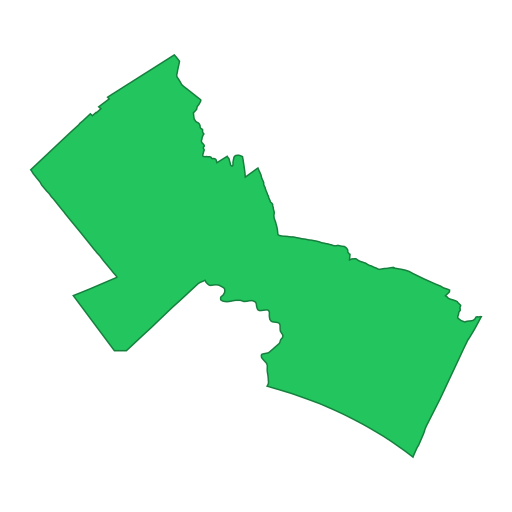 Joita, Giurgiu, Romania (Equal Earth projection)
{"feature_id": "2599482B22090159285998", "entity_name": "Joita", "entity_type": "district", "adm_level": 2, "iso_a3": "ROU", "parent_name": "Romania", "parent_adm1": "Giurgiu", "projection": "equal_earth", "projection_center": [25.867, 44.487], "detail": "fine", "context": "isolated", "style": "filled", "palette": "green", "viewbox_px": 512, "rotation_deg": 0, "n_neighbors": 0, "source": "geoboundaries", "source_scale": "gbopen_adm2", "svg_char_len": 6066}
<svg xmlns="http://www.w3.org/2000/svg" viewBox="0 0 512 512"><path d="M219.4,285.4L222.9,287.3L223.7,287.9L224.2,288.3L224.5,288.9L224.7,289.7L224.8,290.5L224.7,292.0L224.6,292.7L224.0,293.3L223.7,294.3L223.1,295.0L221.1,296.8L220.7,297.3L220.6,298.3L220.7,299.6L220.8,299.9L221.1,300.1L222.6,301.0L223.8,301.3L225.5,301.6L227.4,301.7L230.3,301.3L233.7,300.6L234.7,300.5L235.3,300.3L236.1,300.3L240.2,300.3L242.3,300.9L243.8,301.5L246.7,301.3L249.7,300.7L251.9,300.6L253.2,300.9L255.2,301.9L255.9,302.8L256.3,304.0L256.7,306.8L257.1,308.1L257.7,309.6L258.5,310.1L259.2,310.5L260.3,310.6L261.4,310.5L266.1,309.9L267.8,310.0L268.8,310.9L269.1,311.4L269.3,312.2L269.4,312.8L269.3,315.0L269.4,316.8L269.8,319.3L270.9,320.9L271.8,321.5L272.4,321.8L277.4,322.5L278.4,322.8L279.1,323.3L279.6,323.9L280.1,325.4L280.1,326.4L280.1,328.0L280.2,330.2L280.4,331.2L281.8,333.5L282.4,334.3L282.7,334.9L282.9,335.9L282.8,336.7L282.4,337.6L281.4,338.9L280.8,339.5L280.5,340.2L280.0,342.0L279.6,342.9L279.0,343.7L269.5,352.0L268.1,352.9L264.0,353.7L262.0,354.2L261.5,354.8L261.3,355.8L261.6,357.6L263.2,359.6L266.5,363.2L267.3,365.4L267.2,370.5L267.5,372.9L268.0,375.8L268.2,378.2L268.5,382.4L268.4,383.3L268.0,384.5L267.1,386.2L277.4,389.2L291.3,393.4L304.9,398.2L319.6,403.6L333.4,409.6L342.5,413.8L352.3,418.7L362.8,424.2L369.9,428.2L383.2,436.1L391.6,441.6L404.7,450.8L408.8,453.9L413.0,457.1L413.5,455.7L417.0,447.8L418.6,445.2L423.2,434.6L424.5,431.2L424.8,429.7L426.3,426.1L428.6,421.6L440.0,399.1L459.3,358.0L464.1,347.7L468.3,339.1L468.5,339.2L472.6,332.5L474.5,329.3L481.3,316.7L480.5,316.6L479.7,316.8L478.4,317.0L477.3,316.7L476.0,317.1L475.0,318.9L473.3,320.3L471.3,320.8L467.5,321.2L465.9,321.5L465.0,322.1L461.0,320.5L458.1,318.3L457.7,317.3L457.9,315.9L458.4,314.8L458.9,312.1L460.2,310.4L460.2,309.2L459.9,307.6L460.7,305.8L460.5,305.1L458.1,302.9L457.3,301.7L455.8,300.9L453.0,299.9L450.5,299.2L448.3,298.3L447.1,296.9L445.4,295.8L449.4,292.0L449.6,290.1L448.1,289.4L446.1,288.7L443.3,287.8L440.6,286.1L435.8,284.2L424.0,278.9L413.1,273.6L409.3,271.5L405.5,270.2L401.9,269.4L393.6,268.0L393.9,267.6L393.5,267.4L392.2,267.5L387.0,268.4L384.2,268.5L379.9,269.3L379.4,269.4L379.0,269.3L377.7,268.9L376.4,268.1L374.1,267.3L373.0,266.8L371.3,265.9L370.0,265.6L368.8,265.1L367.6,264.5L366.4,263.6L365.8,263.3L365.0,262.9L364.2,262.8L362.7,262.1L360.8,261.6L359.6,261.1L358.1,260.3L356.0,258.8L355.5,258.7L352.1,258.9L351.1,259.2L350.3,259.6L349.5,259.9L350.0,254.4L349.6,254.4L349.0,253.5L348.0,252.4L347.8,251.9L347.8,251.6L347.8,250.8L347.7,250.0L347.3,249.2L346.5,248.2L345.8,247.4L344.8,246.8L344.3,246.5L343.7,246.4L341.5,246.2L338.7,245.5L338.2,245.4L337.7,245.4L336.0,245.8L334.8,245.8L333.6,245.6L332.6,245.3L331.2,244.7L330.0,244.6L328.0,243.9L325.7,243.6L324.5,243.2L322.4,242.9L321.2,242.6L319.5,241.9L316.5,241.1L314.8,240.8L313.6,240.6L311.8,240.2L308.7,239.9L305.1,239.1L301.6,238.7L299.3,238.1L296.7,237.7L295.1,237.3L293.1,236.9L292.6,236.9L291.6,237.0L290.5,236.8L289.4,236.8L287.5,236.4L282.2,236.1L279.5,235.5L278.6,235.1L278.2,234.8L277.9,234.4L277.4,229.6L276.7,226.2L276.0,223.9L275.7,222.4L275.0,220.6L274.1,217.9L273.9,215.5L273.9,215.1L274.2,213.4L274.3,212.7L274.2,212.1L273.7,210.2L273.5,209.5L273.4,209.0L273.3,208.6L273.3,207.7L273.0,206.8L272.6,205.6L272.7,204.7L272.1,203.5L271.8,203.2L270.7,202.2L270.3,201.7L270.2,201.4L270.0,200.4L269.9,200.1L269.4,199.4L269.1,198.5L268.8,197.9L268.6,197.3L268.5,196.4L268.3,195.9L267.8,195.2L267.6,194.7L266.8,192.3L266.4,191.6L265.9,190.4L265.4,188.7L265.0,187.3L264.0,185.4L263.8,184.7L263.7,183.9L263.7,182.5L263.1,181.1L262.0,178.7L261.7,178.0L261.2,175.9L260.9,174.8L259.9,172.4L258.9,170.4L257.9,168.0L245.3,177.1L245.0,174.0L245.0,173.4L244.5,169.4L243.1,160.0L242.5,156.6L240.2,155.6L238.6,155.2L237.8,155.2L235.8,155.5L235.2,155.8L234.5,156.5L234.1,157.0L233.9,157.5L233.4,160.0L233.0,162.0L233.0,164.7L232.9,165.2L232.7,165.6L232.1,166.1L231.8,166.0L231.4,165.9L231.1,165.6L230.5,164.7L230.4,164.2L230.2,163.1L229.5,160.8L229.1,159.1L228.8,158.5L227.7,157.2L227.2,156.3L216.9,162.7L216.4,161.0L216.2,160.3L216.0,159.7L215.6,159.2L214.6,158.7L214.0,158.6L213.6,158.5L212.5,158.6L212.0,158.5L211.7,158.3L211.2,157.5L211.0,157.2L210.6,157.0L210.4,157.0L209.6,156.7L207.8,156.8L206.7,156.5L206.1,156.6L205.3,156.7L204.1,156.6L203.4,156.4L203.0,156.1L202.8,155.6L202.7,155.0L203.4,152.7L203.5,151.8L203.8,151.3L204.2,150.0L203.3,147.9L203.3,147.6L203.4,147.3L204.2,146.3L204.2,146.0L204.2,145.4L203.5,144.3L201.9,142.6L201.5,141.6L201.4,141.0L201.5,140.3L201.9,139.2L202.0,138.5L202.1,137.9L202.2,137.2L202.5,136.6L203.2,134.9L203.8,134.2L203.8,133.9L203.8,133.7L203.6,133.5L202.9,132.7L202.7,132.2L202.6,131.7L202.6,129.8L202.3,129.3L200.8,128.3L200.4,127.8L200.2,127.3L200.0,125.7L199.9,125.2L199.7,124.7L199.1,123.7L197.9,122.6L197.0,122.3L196.1,121.7L195.7,121.3L195.1,120.3L194.3,119.3L194.2,118.9L194.0,118.1L193.4,112.8L193.6,112.5L194.0,112.2L194.6,111.7L196.6,109.3L196.7,109.1L196.9,107.7L197.1,107.0L197.5,106.2L198.5,105.0L199.3,103.8L199.6,103.1L200.5,101.5L200.8,100.5L200.7,99.8L183.3,86.1L181.6,84.5L181.1,83.5L179.1,80.0L177.3,77.4L177.0,76.8L176.8,76.1L176.7,75.1L176.8,74.4L177.2,72.9L177.8,69.4L179.0,64.0L179.5,61.2L176.1,56.9L174.3,54.9L110.0,95.6L107.6,97.2L109.2,98.9L98.7,106.8L100.9,108.8L96.3,112.8L96.0,112.5L92.4,115.7L90.4,113.8L82.7,121.0L79.8,123.4L78.8,124.8L70.4,132.4L30.7,169.8L31.4,170.6L33.4,173.9L35.0,175.8L36.6,177.9L40.0,182.0L41.7,185.1L46.8,191.2L49.1,193.5L50.0,194.7L51.3,196.7L53.4,198.9L61.3,208.8L64.3,212.4L65.4,214.0L66.9,215.8L71.7,221.7L80.2,232.0L91.3,245.8L94.3,249.6L95.9,251.4L97.1,253.0L99.8,255.8L100.7,257.0L103.3,260.5L111.3,270.1L113.5,272.9L116.2,275.9L116.9,277.0L116.8,277.4L89.2,289.2L80.6,292.7L73.3,295.6L114.4,350.7L126.4,350.7L141.8,336.3L150.8,328.0L172.4,307.3L179.8,300.7L198.3,283.5L200.0,282.5L205.1,280.3L205.8,281.8L206.0,282.3L206.7,283.0L207.9,284.2L209.0,285.0L210.0,285.4L210.9,285.4L213.4,285.0L214.4,284.9L215.9,284.8L217.3,284.9L218.2,285.0L219.4,285.4Z" fill="#22c55e" stroke="#15803d" stroke-width="1.5"/></svg>